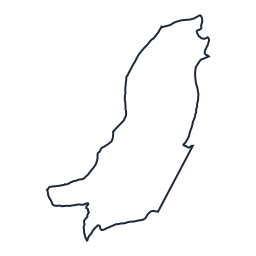 outline of Gurupá, Pará, Brazil
{"feature_id": "56859067B80608468875701", "entity_name": "Gurupá", "entity_type": "district", "adm_level": 2, "iso_a3": "BRA", "parent_name": "Brazil", "parent_adm1": "Pará", "projection": "robinson", "projection_center": [-51.641, -1.114], "detail": "fine", "context": "isolated", "style": "outline", "palette": "slate", "viewbox_px": 256, "rotation_deg": 0, "n_neighbors": 0, "source": "geoboundaries", "source_scale": "gbopen_adm2", "svg_char_len": 5782}
<svg xmlns="http://www.w3.org/2000/svg" viewBox="0 0 256 256"><path d="M161.5,26.6L160.4,28.8L159.8,29.7L159.3,30.4L158.9,31.4L158.0,32.9L157.0,33.9L155.7,35.7L155.2,36.2L154.8,36.6L154.5,37.2L154.2,37.7L154.0,38.0L153.0,38.8L152.4,39.0L152.0,39.3L150.5,40.8L150.0,41.3L148.4,43.5L146.6,45.6L144.7,47.4L144.0,48.2L142.7,49.7L142.1,50.3L138.7,54.6L138.0,55.9L136.4,58.7L135.3,61.1L134.9,61.7L134.0,63.2L133.4,64.1L132.7,65.5L132.2,66.3L131.4,68.0L130.4,69.7L130.2,70.3L129.4,71.7L129.0,72.3L128.7,72.8L128.1,74.5L127.7,75.0L127.0,76.0L126.2,77.7L126.3,79.3L126.1,80.2L126.1,80.7L126.1,81.2L125.8,82.0L125.7,82.9L125.8,83.5L125.7,85.3L125.6,85.8L125.4,86.8L125.3,88.9L125.3,91.9L125.5,92.9L125.2,94.3L125.0,95.5L124.8,97.5L124.7,98.0L125.1,100.9L125.3,103.6L125.5,106.1L125.6,106.8L125.5,107.4L125.5,108.0L125.6,109.6L125.9,110.7L126.1,112.0L126.1,114.6L125.9,115.7L125.8,116.2L125.3,117.2L124.2,119.4L124.1,119.9L123.5,120.7L122.8,121.5L121.8,122.5L120.6,123.8L118.6,125.9L117.5,126.9L116.4,128.0L115.0,129.6L114.0,130.9L113.7,131.3L113.0,131.7L113.2,132.2L113.2,132.7L113.2,133.6L113.2,134.4L113.0,136.2L112.9,137.2L112.5,139.0L112.0,140.4L111.5,141.4L111.0,141.8L110.4,142.2L109.0,143.4L107.9,144.3L105.8,145.5L105.5,145.8L104.1,146.7L103.5,147.0L102.8,147.2L101.8,148.0L101.4,148.3L100.7,149.4L100.0,151.0L99.6,151.7L99.0,152.2L98.4,152.5L97.9,153.0L97.7,153.5L97.6,154.4L97.5,156.2L97.5,156.8L97.5,158.9L97.2,159.9L96.7,161.4L96.6,162.3L96.3,163.0L95.6,164.6L94.8,165.8L94.2,166.7L93.5,167.7L91.9,169.6L91.1,170.5L89.9,172.1L89.4,172.7L88.8,173.7L88.4,174.2L85.7,176.7L85.2,177.3L83.9,178.4L83.4,178.8L81.6,179.3L80.2,179.3L79.8,179.4L77.2,180.2L76.3,180.6L75.7,180.9L74.4,181.0L73.6,181.1L72.3,181.7L71.9,181.9L71.4,182.0L70.8,182.3L70.2,182.7L68.9,183.5L68.0,183.8L66.6,184.4L65.9,184.5L64.8,184.3L64.5,184.7L63.3,185.1L62.4,185.1L60.4,185.6L55.7,186.2L52.4,186.5L50.0,186.9L49.3,187.2L48.8,187.6L48.5,188.2L47.8,189.3L47.0,189.7L47.2,190.2L47.5,191.0L47.8,192.3L47.9,193.2L48.2,194.9L48.4,195.9L48.7,196.6L49.0,197.3L49.3,197.9L49.7,198.3L50.8,200.2L51.5,201.7L52.0,202.9L52.3,203.8L52.7,204.5L53.1,204.9L53.7,205.3L54.2,205.5L54.7,205.7L55.6,205.6L57.1,205.9L58.0,205.7L59.9,205.6L60.4,205.8L61.2,206.1L62.0,206.2L62.7,206.2L63.4,206.1L64.3,206.0L64.7,206.0L65.6,205.9L66.1,205.9L67.0,205.8L67.5,205.7L68.8,205.8L69.3,206.0L70.9,205.7L72.6,205.3L73.2,205.3L74.5,205.1L75.2,205.1L75.7,205.0L76.1,204.9L76.6,204.8L77.9,204.5L78.7,204.4L79.4,204.5L79.9,204.6L80.4,204.7L81.4,204.8L81.9,204.7L82.7,204.8L83.1,204.7L83.9,204.5L85.5,203.9L86.0,203.6L86.5,203.4L87.8,203.3L88.3,203.6L88.3,204.4L88.0,204.8L87.4,205.3L86.8,205.8L86.4,206.6L86.3,207.4L86.3,208.1L87.1,208.5L87.7,208.9L88.0,209.4L88.0,210.3L88.1,211.2L88.5,211.7L88.9,212.3L88.7,212.8L88.3,213.4L87.9,213.8L87.7,214.2L87.4,215.0L87.3,215.5L87.4,216.4L87.2,216.9L86.8,217.3L86.3,218.0L85.4,218.9L84.8,219.8L84.1,220.9L84.1,221.9L84.1,222.7L84.3,223.2L84.4,223.7L84.5,224.3L84.4,224.9L84.1,225.4L83.9,226.1L83.9,226.6L83.6,227.6L83.6,228.0L83.8,228.5L84.1,230.0L84.0,231.4L84.2,233.3L84.8,234.5L84.9,235.7L85.1,236.5L85.2,237.1L85.4,237.5L86.4,239.3L86.7,240.2L86.9,240.6L87.3,240.5L87.9,238.3L88.9,236.3L89.2,235.9L90.1,234.7L90.8,234.0L91.2,233.5L92.0,232.2L92.8,230.6L93.3,230.1L93.8,229.4L94.3,228.9L94.9,228.1L95.3,227.8L95.6,227.5L96.3,226.9L96.9,226.1L97.6,225.5L98.1,225.4L98.7,225.3L99.4,225.7L99.9,226.3L100.4,228.6L100.6,229.1L101.1,229.7L101.8,230.0L102.5,230.0L103.2,229.8L104.4,229.4L105.1,229.1L105.9,228.7L106.6,228.1L108.8,227.4L109.5,227.0L110.6,226.5L111.1,226.3L112.0,225.9L112.5,225.8L115.6,224.4L118.5,224.0L119.5,223.8L121.7,223.4L122.3,223.4L124.1,223.3L126.3,222.7L128.0,222.1L128.7,222.0L129.6,221.8L131.5,221.6L132.6,221.6L134.8,221.4L136.1,221.0L137.3,220.8L138.2,220.6L139.0,220.3L140.0,220.3L141.1,220.1L142.0,219.9L142.9,219.7L143.9,219.2L145.1,218.4L145.5,218.0L146.0,217.3L146.8,215.8L147.1,215.4L147.5,214.6L148.0,214.2L149.1,213.0L149.5,212.5L149.9,212.1L150.5,211.6L151.5,211.2L152.0,211.1L152.6,211.0L154.3,211.1L155.1,211.3L156.8,211.5L157.4,211.5L158.0,211.7L192.8,145.8L192.2,145.8L191.5,146.0L188.8,147.6L187.1,147.0L186.4,146.6L186.0,146.2L185.6,145.9L184.4,145.7L184.0,145.5L183.4,144.9L183.7,144.3L184.0,143.9L185.2,142.8L186.1,141.7L187.5,139.1L187.8,138.5L188.7,136.7L189.1,135.9L189.4,134.3L189.4,133.8L189.6,133.2L190.6,129.9L191.5,127.8L191.7,127.0L192.1,125.8L192.5,124.4L192.7,122.6L192.8,122.1L193.0,121.6L193.3,121.0L193.7,120.1L194.1,119.3L194.2,118.6L195.1,116.2L195.2,115.7L195.3,114.0L196.0,112.7L196.2,112.0L196.1,110.7L196.1,109.4L196.7,107.8L196.8,107.2L197.2,106.4L197.0,104.8L197.2,104.0L197.3,102.9L197.5,102.1L198.0,100.8L198.0,100.2L198.0,99.7L198.2,98.7L198.1,97.0L198.4,94.9L198.4,94.1L198.3,93.5L197.9,91.5L197.8,90.3L197.6,89.3L197.2,87.2L196.6,85.3L196.3,84.7L195.9,83.0L195.3,77.8L195.1,74.5L195.2,71.3L195.5,69.0L195.9,67.3L196.1,66.6L197.0,65.2L199.0,62.1L199.9,60.9L201.0,59.7L201.4,59.4L202.5,58.9L203.1,58.8L203.8,58.7L204.8,58.1L205.8,57.6L206.2,57.5L206.7,57.4L207.5,57.1L208.8,56.4L208.0,55.7L207.4,55.3L206.1,54.9L205.5,54.4L205.2,54.1L204.8,53.3L204.7,52.8L204.7,52.3L205.0,50.6L205.2,50.0L206.0,48.7L206.8,46.7L207.4,45.8L208.1,43.8L209.0,40.7L208.9,39.5L208.6,38.2L207.6,37.3L205.6,38.4L204.6,38.8L203.0,38.6L201.8,38.4L200.9,37.9L199.7,36.8L198.6,35.8L197.6,34.0L197.1,32.8L196.7,31.7L196.8,31.0L197.2,30.6L197.6,30.3L199.5,29.7L201.0,28.6L201.3,28.1L201.3,27.2L201.1,25.8L201.3,24.7L201.5,24.0L202.1,22.7L202.3,20.8L201.9,18.2L201.3,16.4L200.3,15.4L199.7,15.4L198.9,15.8L196.1,17.3L194.6,18.2L192.8,18.8L189.9,19.6L188.2,19.7L186.3,19.8L185.1,20.0L184.0,20.0L181.1,20.4L179.5,20.8L178.3,21.1L175.2,22.2L173.4,23.0L172.6,23.4L171.2,24.5L170.0,25.1L167.4,25.8L162.2,27.1L161.5,26.6Z" fill="none" stroke="#1e293b" stroke-width="2"/></svg>